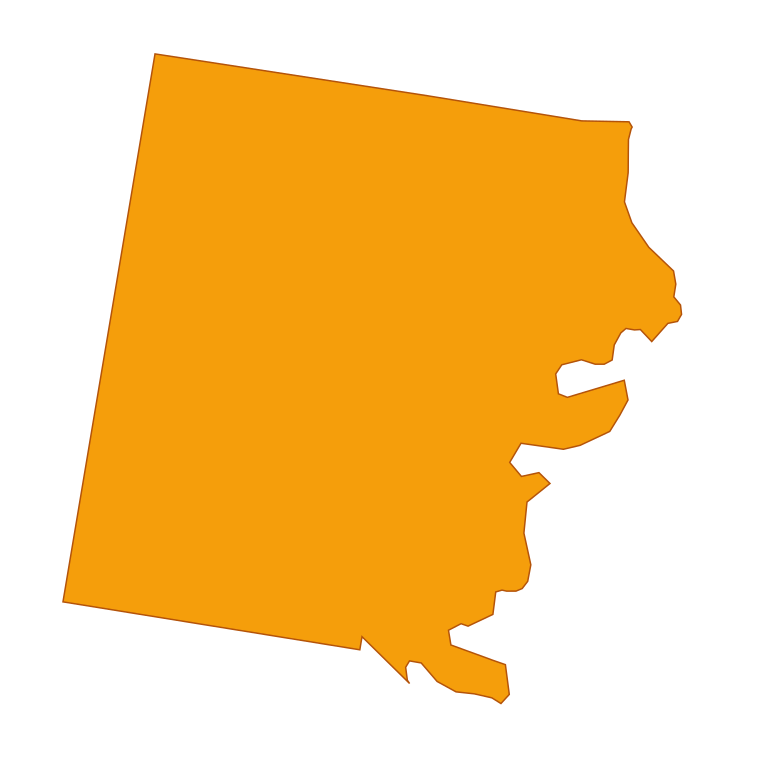 White, Illinois, United States of America (Mercator projection), rotated 9°
{"feature_id": "52423323B26696350989673", "entity_name": "White", "entity_type": "district", "adm_level": 2, "iso_a3": "USA", "parent_name": "United States of America", "parent_adm1": "Illinois", "projection": "mercator", "projection_center": [-88.022, 38.074], "detail": "fine", "context": "isolated", "style": "filled", "palette": "amber", "viewbox_px": 768, "rotation_deg": 9, "n_neighbors": 0, "source": "geoboundaries", "source_scale": "gbopen_adm2", "svg_char_len": 1074}
<svg xmlns="http://www.w3.org/2000/svg" viewBox="0 0 768 768"><g transform="rotate(9 384 384)"><path d="M382.9,92.5L106.2,93.8L101.0,649.4L401.7,650.3L401.8,637.0L456.1,675.8L453.4,672.9L449.7,660.4L452.5,653.5L464.4,653.7L483.0,669.5L503.3,676.8L521.6,675.9L539.6,677.1L549.5,681.3L556.3,671.0L547.8,642.2L535.0,639.9L490.9,631.3L486.2,617.1L497.6,608.7L504.9,610.0L527.6,594.5L526.9,571.9L532.8,569.1L537.5,569.4L546.8,567.9L552.5,564.4L556.8,556.4L557.3,539.6L545.5,509.4L543.7,478.2L563.5,456.3L550.9,447.3L534.2,453.8L520.4,441.8L528.6,421.1L571.4,420.4L587.3,413.9L614.4,395.5L621.9,377.6L627.5,361.6L620.7,342.7L567.2,368.5L557.8,366.4L552.0,347.2L556.6,337.2L575.2,329.2L589.5,331.4L598.4,330.0L605.6,324.6L605.3,309.4L609.9,296.5L614.3,291.3L622.9,291.4L628.7,290.1L641.8,300.2L654.9,279.7L664.1,276.3L667.0,268.7L664.5,259.6L656.6,252.6L656.6,239.7L652.3,227.1L624.2,207.6L603.6,186.0L593.0,166.5L592.1,137.2L591.7,134.3L589.1,117.2L587.2,104.3L588.2,93.5L588.9,91.4L585.0,86.7L538.1,93.2L382.9,92.5Z" fill="#f59e0b" stroke="#b45309" stroke-width="1.5"/></g></svg>